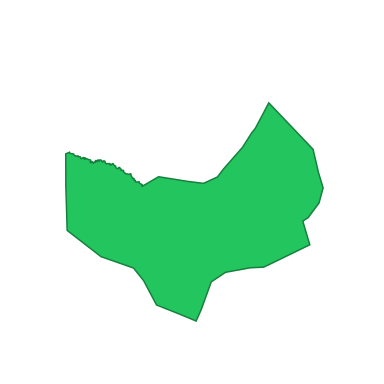 outline of Bayan-Ovoo, Hentiy, Mongolia, rotated 210°
{"feature_id": "93677404B57726852973522", "entity_name": "Bayan-Ovoo", "entity_type": "district", "adm_level": 2, "iso_a3": "MNG", "parent_name": "Mongolia", "parent_adm1": "Hentiy", "projection": "equal_earth", "projection_center": [112.511, 47.731], "detail": "fine", "context": "isolated", "style": "filled", "palette": "green", "viewbox_px": 384, "rotation_deg": 210, "n_neighbors": 0, "source": "geoboundaries", "source_scale": "gbopen_adm2", "svg_char_len": 4617}
<svg xmlns="http://www.w3.org/2000/svg" viewBox="0 0 384 384"><g transform="rotate(210 192 192)"><path d="M78.5,228.9L76.5,246.0L80.5,261.1L92.3,272.2L108.5,289.5L170.1,307.6L169.5,292.9L169.0,278.8L169.9,272.8L170.6,255.9L176.2,227.7L177.5,217.7L186.4,205.2L201.9,198.7L228.6,188.5L237.9,172.1L238.2,172.2L238.5,172.3L238.6,172.6L238.5,172.8L238.4,173.0L238.5,173.2L238.7,173.4L239.3,173.5L240.0,173.4L240.8,173.3L241.4,173.3L241.7,173.3L242.0,173.5L242.3,173.9L242.5,174.3L243.0,174.3L243.2,174.2L243.5,174.0L243.9,173.8L244.3,173.2L244.5,172.9L244.9,172.8L245.2,172.8L245.6,172.8L245.9,172.8L246.2,172.8L246.5,172.8L246.6,173.0L246.7,173.5L246.9,173.7L247.1,173.7L247.3,173.6L247.6,173.5L247.9,173.4L248.1,173.4L248.4,173.6L248.5,173.9L248.6,174.3L248.8,174.6L249.1,174.7L249.3,174.6L249.5,174.5L249.6,174.3L249.8,174.1L250.1,174.0L250.5,174.3L250.8,174.6L251.3,174.7L251.7,175.0L252.0,175.2L252.3,175.4L252.6,175.6L253.1,175.7L253.2,175.9L253.4,176.2L253.5,176.7L254.0,177.0L254.4,177.0L254.7,176.7L254.9,176.3L255.2,176.1L255.5,175.9L255.7,175.7L256.0,175.5L256.4,175.4L256.8,175.3L257.3,175.3L257.5,175.2L257.9,174.9L258.2,174.8L258.9,174.7L259.3,174.9L259.6,174.9L259.9,174.9L260.3,175.0L260.8,175.0L261.0,175.0L261.4,175.4L261.5,175.8L261.7,176.1L262.1,176.3L262.4,176.4L262.7,176.2L262.9,176.1L263.1,175.8L263.3,175.5L263.5,175.4L263.9,175.4L264.2,175.4L264.4,175.7L264.5,176.1L264.8,176.3L265.1,176.4L265.4,176.3L265.7,176.3L266.0,176.2L266.1,176.3L266.2,176.5L266.5,176.9L266.9,177.0L267.3,176.9L267.5,176.8L267.6,176.5L267.7,176.1L267.8,175.9L268.1,175.5L268.2,175.2L268.4,174.9L269.1,174.8L269.6,174.9L270.1,175.1L270.4,175.3L270.6,175.5L270.8,175.9L271.0,176.2L271.2,176.3L271.4,176.3L271.7,176.1L272.1,176.0L272.6,176.1L273.0,176.3L273.4,176.6L273.7,176.8L274.2,177.0L274.4,177.0L274.8,177.0L275.0,176.9L275.2,176.6L275.1,176.1L275.2,175.8L275.3,175.6L275.6,175.4L275.7,175.2L275.7,174.8L275.7,174.7L275.8,174.6L276.0,174.5L276.3,174.7L276.4,174.9L276.6,175.1L276.8,175.3L277.2,175.5L277.7,175.4L278.0,175.2L278.4,174.9L278.9,174.6L279.4,174.2L279.6,174.1L280.0,173.9L280.3,173.8L280.9,173.8L281.4,173.9L281.7,173.9L281.8,174.1L282.2,174.6L282.5,174.9L282.8,175.0L283.1,175.1L283.4,175.1L283.6,175.0L283.9,174.9L284.2,174.5L284.3,174.1L284.3,173.7L284.5,173.3L284.7,173.2L284.9,173.2L285.1,173.3L285.3,173.6L285.6,173.8L285.8,173.9L286.3,174.1L286.9,174.1L287.1,174.0L287.6,173.9L288.0,173.6L288.2,173.2L288.2,172.8L288.0,172.6L287.8,172.4L287.8,172.2L288.0,172.1L288.4,172.2L288.6,172.4L288.8,172.7L289.0,172.8L289.2,172.7L289.5,172.6L289.8,172.2L289.8,171.9L289.7,171.6L289.5,171.3L289.5,171.1L289.5,170.9L290.0,170.9L290.2,171.0L290.5,171.1L290.8,171.1L291.1,171.1L291.2,170.9L291.2,170.6L291.1,170.3L290.8,170.1L290.6,170.0L290.4,169.9L290.4,169.7L290.5,169.5L290.8,169.5L291.1,169.4L291.4,169.3L291.6,169.1L291.7,168.9L291.8,168.7L291.7,168.5L291.6,168.4L291.6,168.2L291.7,167.8L291.9,167.7L292.1,167.6L292.3,167.6L292.5,167.7L292.7,167.9L292.9,168.1L293.1,168.2L293.4,168.3L293.6,168.2L293.8,168.1L293.9,167.9L293.9,167.6L293.8,167.3L293.9,167.0L294.1,166.9L294.4,166.8L294.6,166.7L294.9,166.8L295.1,166.9L295.2,167.1L295.2,167.4L295.2,167.9L295.2,168.2L295.3,168.5L295.6,168.8L295.9,168.9L296.2,168.9L296.6,168.9L296.9,168.7L297.3,168.5L297.5,168.4L297.9,168.4L298.2,168.4L298.5,168.2L299.0,168.2L299.5,168.2L299.8,168.2L300.1,168.1L300.4,167.9L300.6,167.6L300.7,167.4L300.7,167.2L300.8,167.1L300.9,167.3L300.9,167.5L301.0,167.8L301.2,168.0L301.4,168.1L301.7,168.1L301.9,168.0L302.1,167.9L302.1,167.7L302.0,167.4L302.0,167.2L302.1,166.9L302.4,166.8L302.6,167.0L302.8,167.1L302.9,167.3L303.1,167.5L303.3,167.5L303.5,167.4L303.6,167.1L303.6,166.8L303.7,166.5L303.8,166.4L304.1,166.3L304.3,166.2L304.5,166.1L304.6,165.9L304.5,165.6L304.9,165.5L305.2,165.5L305.4,165.6L305.7,165.9L305.9,166.2L306.2,166.4L306.5,166.6L306.8,166.6L307.1,166.4L307.9,165.7L308.0,165.7L308.3,165.8L308.6,166.2L308.9,166.3L309.1,166.1L309.2,165.9L309.2,165.7L309.3,165.6L309.7,165.4L310.1,165.3L310.5,165.3L310.8,165.2L311.0,165.0L311.3,164.8L311.5,164.8L312.0,164.9L312.4,165.0L312.6,165.1L312.9,165.4L313.2,165.7L313.4,165.7L313.5,165.7L313.8,165.5L314.1,165.5L314.2,165.4L314.4,165.3L314.5,165.3L314.8,165.3L314.9,165.2L315.0,165.1L315.4,165.1L315.7,164.9L316.0,164.7L316.3,164.7L316.9,164.7L317.7,164.7L317.8,164.7L318.0,164.8L318.1,165.0L320.4,161.9L304.2,134.0L280.9,96.3L238.5,90.5L204.6,96.9L189.5,91.0L166.2,76.4L140.2,80.2L123.9,82.3L125.2,94.7L130.4,123.8L122.8,139.2L103.9,155.3L92.3,162.8L78.0,183.9L63.6,205.2L81.5,222.2L78.5,228.1L78.5,228.9Z" fill="#22c55e" stroke="#15803d" stroke-width="1.5"/></g></svg>